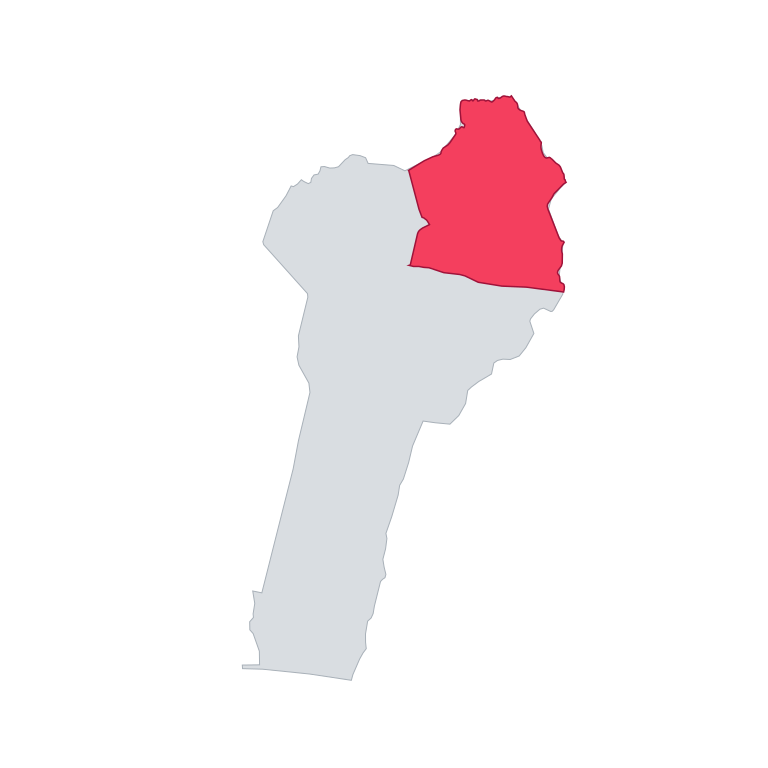 location of Alibori within Benin, rotated 14°
{"feature_id": "BEN-2170", "entity_name": "Alibori", "entity_type": "Department", "adm_level": 1, "iso_a3": "BEN", "parent_name": "Benin", "parent_adm1": "", "projection": "orthographic", "projection_center": [2.909, 11.459], "detail": "fine", "context": "in_parent", "style": "filled", "palette": "rose", "viewbox_px": 768, "rotation_deg": 14, "n_neighbors": 0, "source": "natural_earth", "source_scale": "10m", "svg_char_len": 4286}
<svg xmlns="http://www.w3.org/2000/svg" viewBox="0 0 768 768"><g transform="rotate(14 384 384)"><path d="M315.6,694.4L314.5,691.0L331.2,686.6L327.7,673.4L317.4,657.8L313.3,655.0L311.2,647.2L313.8,642.1L312.6,638.7L311.7,628.2L306.7,616.6L316.0,616.2L316.1,578.9L316.2,543.1L316.3,512.5L316.4,488.4L314.7,459.4L314.5,438.1L314.2,410.1L310.9,401.3L296.9,386.4L293.1,378.7L292.5,368.5L289.3,358.0L289.2,339.6L289.1,318.2L287.9,314.8L272.7,304.5L251.2,289.9L234.8,278.8L233.6,278.0L232.0,275.2L234.6,242.7L238.1,238.5L243.4,225.1L246.0,214.3L248.4,214.4L251.7,210.9L254.4,205.8L257.2,206.9L262.0,207.9L264.2,206.1L263.9,202.1L265.5,198.1L269.3,196.3L270.3,192.7L270.3,188.5L273.6,187.4L279.1,187.6L283.6,186.3L287.3,184.2L292.0,175.8L294.6,172.9L295.5,170.8L298.1,169.0L305.5,168.2L311.4,168.9L315.2,173.8L340.6,169.6L352.7,172.1L377.4,151.0L383.0,144.8L390.5,129.8L393.1,124.1L395.4,113.8L390.6,94.8L390.9,91.4L401.0,87.3L413.7,84.2L418.6,83.9L421.9,82.3L426.5,78.2L434.0,75.2L438.5,76.2L441.2,76.8L467.9,101.9L479.5,114.6L482.6,121.1L488.6,125.8L497.5,128.6L505.5,135.1L511.8,144.2L507.8,150.7L501.5,164.1L501.3,174.5L516.2,196.5L518.0,198.7L521.8,202.1L523.9,206.2L525.7,217.1L526.8,229.3L528.0,237.5L535.2,249.0L535.7,253.7L530.7,270.9L529.6,272.8L528.3,273.3L520.5,271.8L517.2,273.7L513.0,279.6L510.4,285.4L510.3,287.8L517.2,298.7L512.9,314.4L508.4,324.1L500.5,329.7L493.4,331.1L488.4,333.7L485.5,337.1L485.9,348.3L475.4,358.6L469.6,365.7L466.8,370.0L467.9,383.2L464.2,396.5L457.7,407.0L443.1,409.2L430.9,410.5L426.7,437.3L426.9,454.2L425.8,471.5L423.7,478.5L424.6,488.4L423.6,510.8L422.0,528.5L424.2,533.2L425.4,543.6L425.3,554.4L428.5,561.8L431.9,568.3L431.8,571.7L429.9,573.8L428.4,576.5L428.4,601.8L429.0,609.4L428.1,614.2L425.5,618.1L426.5,630.9L428.6,639.1L430.8,645.1L428.7,650.1L426.9,656.7L424.1,673.5L424.0,679.4L382.0,683.4L335.2,690.1L315.6,694.4Z" fill="#d9dde1" stroke="#a8b0b8" stroke-width="1"/><path d="M511.9,144.3L509.8,146.6L502.9,158.3L501.8,162.8L501.2,164.4L499.2,169.8L499.4,172.1L500.8,174.8L518.6,199.9L521.0,202.1L521.8,202.3L522.7,202.1L522.8,202.1L523.6,202.1L524.5,202.9L523.5,206.8L523.5,209.0L523.9,211.0L524.6,212.9L525.6,214.6L527.7,223.6L527.6,226.5L525.4,231.8L525.3,233.6L525.8,234.8L526.6,235.6L527.5,236.3L528.3,237.2L528.7,238.3L529.7,241.6L530.6,242.7L531.9,243.1L533.3,243.3L534.5,244.0L535.5,246.0L536.0,248.9L536.0,251.3L535.9,251.3L498.5,255.6L474.7,260.5L450.8,262.5L436.4,259.5L431.0,259.4L415.1,261.5L399.5,260.3L394.5,261.2L389.5,261.5L384.3,262.8L379.6,262.8L380.7,262.1L380.2,230.1L380.4,228.5L380.8,227.2L381.8,225.5L383.8,223.2L389.6,218.3L386.4,215.2L385.3,214.4L385.0,214.3L384.6,214.2L384.1,214.0L383.6,213.7L382.7,213.3L381.5,213.1L380.6,213.1L375.7,206.0L356.6,171.3L356.1,170.8L369.1,157.6L376.4,151.7L381.6,148.7L383.0,147.4L383.4,146.4L383.3,145.3L383.4,143.6L384.4,140.7L388.2,136.5L389.6,133.9L393.2,124.1L393.0,123.1L391.8,121.4L391.7,120.3L392.3,119.0L393.1,118.8L394.0,118.9L394.9,118.6L395.5,117.9L396.3,116.4L397.0,115.7L398.0,115.6L399.0,116.0L399.7,115.8L399.8,114.1L399.6,112.9L399.0,112.4L398.0,112.2L397.0,111.7L396.0,110.9L395.3,110.0L394.7,109.0L391.4,99.6L390.5,94.0L390.4,91.7L391.3,90.0L393.6,88.9L395.0,88.7L397.2,88.8L398.5,88.7L398.7,88.4L399.5,87.3L400.1,86.9L400.8,87.1L401.3,87.7L401.8,87.8L402.4,86.8L402.9,85.5L403.6,85.3L404.5,85.4L405.6,85.4L405.9,85.7L406.1,86.2L406.4,86.7L407.1,86.6L407.7,86.3L408.6,85.4L409.0,85.1L412.5,84.2L412.9,84.3L413.7,84.8L414.2,84.8L414.8,84.5L416.0,83.6L416.7,83.5L420.1,84.4L421.0,83.9L422.4,81.7L422.7,81.0L422.9,80.2L423.2,79.5L423.7,78.9L424.8,78.4L425.8,79.2L426.9,78.9L427.8,78.2L429.3,76.3L430.4,75.6L431.4,75.4L433.4,75.4L434.4,75.2L436.7,75.2L437.9,73.6L442.6,77.9L444.6,78.9L445.6,80.0L446.3,81.3L447.0,83.5L447.8,84.4L448.8,84.9L450.0,85.4L453.3,85.7L454.1,86.0L454.5,86.5L455.4,88.4L459.4,94.3L476.3,109.8L476.6,110.3L478.0,111.3L478.3,111.9L478.5,114.0L479.0,116.3L479.7,118.1L482.0,121.9L483.4,123.6L484.2,124.4L485.4,125.2L486.8,125.5L488.1,124.9L489.5,124.1L490.7,124.3L491.7,124.9L492.8,125.3L497.2,128.0L500.8,129.3L501.9,130.1L502.7,130.8L506.1,135.5L506.7,136.1L507.3,136.5L507.7,136.9L508.1,137.7L508.6,139.2L508.9,140.0L509.1,140.9L509.5,141.7L510.3,142.1L511.2,143.7L511.9,144.3Z" fill="#f43f5e" stroke="#9f1239" stroke-width="1.5"/></g></svg>